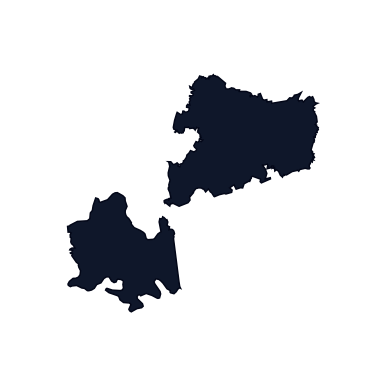 Chalma, Veracruz, Mexico, rotated 122°
{"feature_id": "50627088B44662139516293", "entity_name": "Chalma", "entity_type": "district", "adm_level": 2, "iso_a3": "MEX", "parent_name": "Mexico", "parent_adm1": "Veracruz", "projection": "albers", "projection_center": [-98.357, 21.198], "detail": "fine", "context": "isolated", "style": "filled", "palette": "ink", "viewbox_px": 384, "rotation_deg": 122, "n_neighbors": 0, "source": "geoboundaries", "source_scale": "gbopen_adm2", "svg_char_len": 6052}
<svg xmlns="http://www.w3.org/2000/svg" viewBox="0 0 384 384"><g transform="rotate(122 192 192)"><path d="M150.3,238.4L150.4,237.8L149.6,237.4L148.4,237.4L148.2,238.0L147.6,237.4L148.6,235.8L148.9,234.0L148.2,233.8L147.5,232.0L146.3,230.9L145.3,231.6L144.4,231.0L141.1,232.5L139.6,230.0L138.7,229.4L139.4,227.6L137.5,225.4L137.3,223.9L136.9,224.0L137.8,222.1L134.7,222.2L134.9,221.6L134.3,220.1L136.6,219.7L136.7,219.1L138.1,219.1L138.8,215.8L139.7,215.2L139.9,214.3L140.9,214.4L140.9,213.3L143.1,213.8L142.2,210.4L144.4,210.9L144.5,213.1L146.7,213.1L147.1,215.3L151.8,215.0L152.7,213.5L153.1,210.9L154.7,210.4L157.0,211.6L157.7,215.2L160.7,215.2L163.3,215.9L165.6,215.1L169.1,215.2L170.3,215.8L170.9,215.2L172.9,215.1L174.5,216.7L177.0,215.7L177.5,217.5L177.3,218.0L175.7,217.8L175.2,220.1L177.1,220.9L178.7,222.5L177.6,226.0L178.9,228.2L178.9,227.6L182.0,224.5L188.4,222.3L190.8,220.6L193.7,216.8L198.1,215.5L200.1,214.0L200.6,214.4L202.1,213.7L204.2,210.6L208.3,206.6L209.8,208.1L210.3,207.3L211.3,207.5L211.2,209.1L213.4,210.7L214.1,211.0L215.3,210.2L215.9,209.0L215.1,208.9L215.7,203.4L213.2,204.1L212.8,202.9L211.7,202.5L210.9,195.4L203.2,189.7L199.9,189.4L197.7,191.3L196.6,191.6L196.6,191.1L191.9,190.4L191.8,190.9L187.2,190.6L184.9,188.5L183.6,186.0L183.7,184.3L183.3,183.6L184.7,180.5L180.7,179.7L182.2,176.4L182.2,175.0L184.1,171.0L184.0,170.4L179.9,167.5L176.1,163.8L175.7,162.2L171.3,158.2L169.1,159.0L168.6,162.3L163.6,160.2L166.2,156.1L162.7,153.2L161.7,151.2L157.4,152.2L152.4,149.3L152.4,148.7L151.2,148.8L151.1,149.3L149.0,149.0L147.6,149.6L146.6,149.2L144.8,140.9L145.3,140.3L147.1,139.7L147.5,138.0L139.3,132.4L138.4,133.2L142.1,136.8L136.6,138.4L133.6,142.2L131.6,147.2L131.8,146.0L128.4,142.8L129.9,141.1L130.0,141.6L132.5,140.7L129.3,137.5L128.9,138.1L127.3,138.0L126.8,136.6L129.1,136.4L128.4,135.9L128.6,135.3L127.6,134.9L130.3,132.9L128.4,132.2L128.5,129.6L130.9,126.0L131.4,123.2L130.4,123.5L129.0,122.5L128.5,123.3L127.4,120.9L121.6,117.9L117.6,113.9L117.8,112.5L115.8,112.5L111.9,108.6L111.0,105.9L110.1,104.7L109.1,104.7L108.6,105.9L106.3,107.1L105.4,106.6L104.5,107.1L102.7,107.0L102.8,105.9L101.4,106.5L101.7,107.4L100.9,107.3L100.4,105.9L100.0,107.1L97.8,106.4L97.3,107.2L98.3,107.9L96.8,108.3L96.8,108.8L95.1,108.8L95.8,110.1L95.1,110.3L95.2,111.2L94.1,111.0L93.3,113.3L86.3,115.3L84.7,114.9L84.2,115.6L83.2,115.6L80.9,117.9L80.4,116.5L78.6,117.4L77.6,117.2L77.1,118.4L76.4,118.5L75.2,117.4L73.5,118.7L73.3,118.2L72.2,117.9L71.3,118.9L70.5,119.0L70.2,121.4L69.2,121.7L69.4,123.3L68.1,123.1L67.3,123.5L66.3,123.0L61.9,126.6L59.7,130.3L58.9,130.5L58.9,131.9L58.3,132.7L57.1,133.2L55.7,132.5L55.8,133.7L55.1,134.7L51.7,133.5L50.2,132.5L50.9,134.5L50.6,136.3L48.9,137.7L47.3,140.2L48.9,141.2L48.8,142.9L50.4,143.9L56.7,145.3L55.8,147.4L57.4,149.1L58.4,149.3L57.8,150.8L55.8,151.6L49.7,152.1L53.1,153.9L55.7,156.5L57.3,156.3L59.3,157.0L60.4,159.1L64.3,159.8L74.5,171.3L72.8,172.7L75.8,176.1L74.0,177.5L75.8,179.4L76.0,181.2L72.3,186.2L74.0,187.6L75.3,186.9L76.8,186.8L77.0,189.8L78.6,191.2L77.8,192.4L78.1,192.1L80.4,193.0L79.7,193.8L77.5,193.4L77.0,194.8L78.0,199.3L81.7,205.3L80.2,205.8L82.2,209.0L81.9,211.6L82.6,212.6L82.5,213.4L85.1,215.3L86.6,217.6L84.8,220.3L82.0,221.2L80.6,231.0L81.0,231.6L80.7,232.2L81.5,232.7L81.1,234.0L81.9,235.0L81.2,236.0L83.2,236.7L83.8,237.9L84.9,238.8L85.4,237.7L85.9,238.3L87.1,237.8L86.8,238.9L87.6,239.1L88.0,240.2L88.4,239.8L88.8,240.1L88.0,241.2L88.7,242.8L88.3,243.3L89.6,244.1L88.8,244.3L89.6,247.0L92.6,246.6L97.3,248.1L98.6,247.6L100.0,248.1L102.6,247.3L103.5,247.8L103.6,249.9L104.9,248.7L105.2,247.7L104.9,246.0L103.7,245.3L104.5,243.7L107.7,245.8L108.4,245.2L108.2,242.9L109.5,242.4L110.4,242.9L111.6,245.1L112.1,244.9L112.6,243.1L114.2,243.4L115.1,242.0L117.1,242.1L119.4,239.9L119.9,242.1L121.6,242.3L123.0,241.5L122.3,239.6L122.6,238.5L125.3,237.7L127.8,239.5L127.7,241.8L128.3,242.6L130.8,241.5L132.4,242.7L132.3,246.8L133.5,246.6L140.5,244.7L147.1,242.1L148.3,240.8L148.1,239.1L148.8,237.8L150.3,238.4ZM312.9,252.7L313.0,250.1L314.3,249.6L315.8,248.1L317.8,244.8L321.4,243.1L324.3,243.2L326.7,244.8L328.3,247.1L332.8,248.6L335.8,248.4L336.7,247.4L336.7,245.0L335.2,243.9L332.4,240.3L331.8,234.6L330.7,232.1L331.1,228.5L330.4,227.2L328.3,225.2L325.4,223.8L321.0,223.8L317.3,221.1L312.0,220.9L309.2,219.5L308.1,217.6L308.2,216.8L310.1,213.0L310.1,210.1L308.5,208.7L306.2,209.1L305.1,208.6L303.8,205.7L303.8,203.4L304.5,202.6L307.0,201.6L309.8,199.2L312.0,199.2L313.5,200.4L317.4,207.5L318.8,213.1L319.6,213.5L321.0,213.3L321.4,209.1L319.3,200.0L319.6,198.5L321.6,195.9L322.0,191.5L319.3,186.3L319.4,185.1L320.0,184.1L324.9,183.4L325.8,181.9L325.8,180.0L320.1,176.9L316.8,173.4L314.7,172.9L313.0,174.8L311.5,181.8L309.8,183.2L307.7,183.0L306.9,182.3L307.2,180.5L302.3,177.1L300.9,171.1L300.5,165.5L300.2,164.5L299.0,163.4L295.1,164.6L293.3,166.4L289.6,174.9L288.3,176.7L285.2,176.6L284.5,176.1L283.7,173.7L283.9,171.4L284.6,168.5L287.3,161.9L287.1,158.1L288.4,157.7L288.8,156.8L287.8,153.4L285.1,152.6L281.6,152.5L279.8,151.7L279.7,150.7L278.6,152.4L275.0,155.5L241.3,183.0L239.5,183.6L238.8,184.7L236.7,184.7L234.8,186.7L234.2,188.6L234.9,190.4L236.1,191.5L233.4,192.7L233.7,194.1L233.3,195.6L230.3,196.6L228.8,198.6L229.3,199.0L228.5,202.2L228.6,203.7L229.5,203.3L231.1,203.8L231.6,205.2L234.8,204.0L242.1,197.2L245.6,198.7L251.6,199.1L252.9,200.1L255.8,204.1L255.9,206.0L252.5,209.7L252.0,211.7L252.0,215.5L252.9,222.2L251.4,226.5L250.1,227.2L247.9,231.8L247.8,233.5L246.9,235.6L245.1,237.6L243.1,238.8L238.6,239.5L235.0,243.9L232.5,245.7L231.8,248.7L232.1,255.0L233.5,256.8L236.0,258.2L243.3,259.5L249.2,264.1L249.6,265.3L248.1,266.7L247.5,268.1L248.1,270.5L256.0,268.6L260.5,266.7L263.6,267.1L268.8,264.5L271.9,265.5L277.7,273.6L284.8,277.8L285.3,277.5L287.1,279.3L291.7,275.8L290.9,274.7L290.8,272.7L292.8,272.7L295.0,271.1L295.0,270.0L298.6,268.3L299.7,266.7L300.0,264.6L301.5,261.6L303.3,264.2L305.2,265.1L305.9,265.0L304.7,262.3L306.6,262.0L308.2,262.9L308.4,262.4L307.7,260.4L309.7,260.2L312.9,252.7Z" fill="#0f172a" stroke="#020617" stroke-width="1.5"/></g></svg>